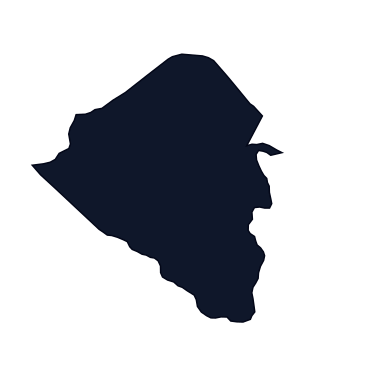 São Bento, Paraíba, Brazil, rotated 229°
{"feature_id": "56859067B41301989860008", "entity_name": "São Bento", "entity_type": "district", "adm_level": 2, "iso_a3": "BRA", "parent_name": "Brazil", "parent_adm1": "Paraíba", "projection": "robinson", "projection_center": [-37.496, -6.462], "detail": "fine", "context": "isolated", "style": "filled", "palette": "ink", "viewbox_px": 384, "rotation_deg": 229, "n_neighbors": 0, "source": "geoboundaries", "source_scale": "gbopen_adm2", "svg_char_len": 1545}
<svg xmlns="http://www.w3.org/2000/svg" viewBox="0 0 384 384"><g transform="rotate(229 192 192)"><path d="M317.0,89.0L304.3,89.0L286.6,91.0L224.7,97.4L219.9,98.7L215.1,99.8L211.8,102.9L206.7,106.1L201.2,108.8L197.0,110.6L191.5,109.1L187.9,109.2L182.9,111.7L177.8,113.5L174.4,116.1L170.0,117.7L166.9,120.3L162.3,121.3L156.8,119.7L151.7,115.4L147.2,114.0L141.6,115.8L136.1,119.2L130.4,119.9L126.5,122.1L120.6,123.6L112.8,126.0L107.9,124.6L102.0,121.0L95.2,120.3L89.0,121.9L84.6,123.7L81.5,127.1L78.7,132.0L74.7,136.4L69.2,136.6L64.7,140.6L60.4,145.2L57.6,152.5L59.4,156.1L60.3,160.7L65.6,164.2L71.6,168.1L76.7,171.0L80.1,175.5L81.5,180.3L83.4,185.2L87.4,189.2L91.0,194.9L93.4,201.2L96.3,205.0L100.0,206.6L104.9,207.1L109.3,206.4L113.2,207.9L117.4,210.0L122.5,208.6L126.2,209.2L130.4,213.1L131.8,219.7L137.5,224.0L139.3,228.9L136.3,233.2L132.1,236.4L129.0,240.0L130.9,244.5L134.7,246.7L140.9,250.1L145.8,254.1L149.6,255.1L153.2,257.3L157.3,257.1L162.2,258.0L167.8,259.6L173.8,261.7L178.3,265.0L179.7,269.5L176.2,272.4L172.8,274.4L168.1,275.5L162.7,285.7L168.1,283.5L176.4,280.7L182.4,277.2L185.3,272.0L188.7,268.6L191.0,263.6L203.2,295.0L216.3,294.7L220.5,293.6L245.9,294.3L256.4,294.5L276.9,294.5L282.6,292.5L287.8,289.2L302.7,274.7L307.0,265.9L307.9,261.1L309.4,234.5L310.2,218.4L310.8,206.8L313.1,192.7L314.2,178.9L317.8,172.8L318.4,167.8L320.6,162.6L326.4,155.3L323.2,150.1L320.3,142.2L316.6,137.0L308.0,131.8L305.6,127.6L308.3,117.1L306.3,110.2L307.5,104.5L310.7,98.4L317.0,89.0Z" fill="#0f172a" stroke="#020617" stroke-width="1.5"/></g></svg>